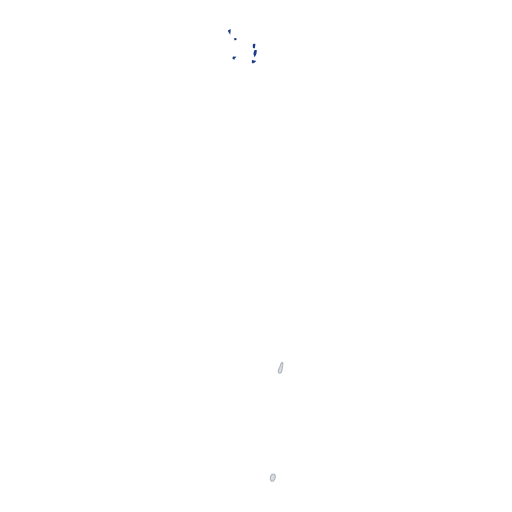 Haa Alifu highlighted on a map of Maldives
{"feature_id": "MDV-5223", "entity_name": "Haa Alifu", "entity_type": "Atoll", "adm_level": 1, "iso_a3": "MDV", "parent_name": "Maldives", "parent_adm1": "", "projection": "equal_earth", "projection_center": [73.045, 6.964], "detail": "coarse", "context": "in_parent", "style": "outline", "palette": "blue", "viewbox_px": 512, "rotation_deg": 0, "n_neighbors": 0, "source": "natural_earth", "source_scale": "10m", "svg_char_len": 910}
<svg xmlns="http://www.w3.org/2000/svg" viewBox="0 0 512 512"><path d="M281.5,372.1L280.0,373.2L278.6,372.7L278.1,371.4L278.8,369.3L280.0,366.7L280.8,363.9L282.0,362.4L282.9,362.9L282.8,364.5L282.4,366.7L282.1,369.5L281.5,372.1ZM273.3,481.1L271.4,481.3L270.3,479.3L270.5,476.4L272.0,474.3L274.2,474.2L275.5,476.0L274.9,478.9L273.3,481.1Z" fill="#d9dde1" stroke="#a8b0b8" stroke-width="1"/><path d="M255.7,51.0L255.6,52.6L255.2,54.2L254.8,54.9L254.5,54.0L254.6,52.9L254.9,51.8L255.2,51.0L255.7,51.0ZM254.3,44.9L254.0,47.2L253.9,47.2L253.7,46.0L253.8,45.3L253.9,44.9L254.3,44.9ZM252.9,61.2L254.2,61.5L253.5,62.1L253.0,62.3L252.8,62.1L252.9,61.2ZM229.6,30.7L229.5,31.8L229.1,31.2L229.1,30.9L229.4,30.8L229.6,30.7ZM235.4,38.3L235.6,39.9L235.2,39.3L235.2,38.9L235.4,38.3ZM234.1,57.7L233.9,57.9L233.8,58.3L233.6,58.2L233.6,57.6L233.8,57.5L234.0,57.7L234.1,57.7Z" fill="none" stroke="#1e3a8a" stroke-width="2"/></svg>